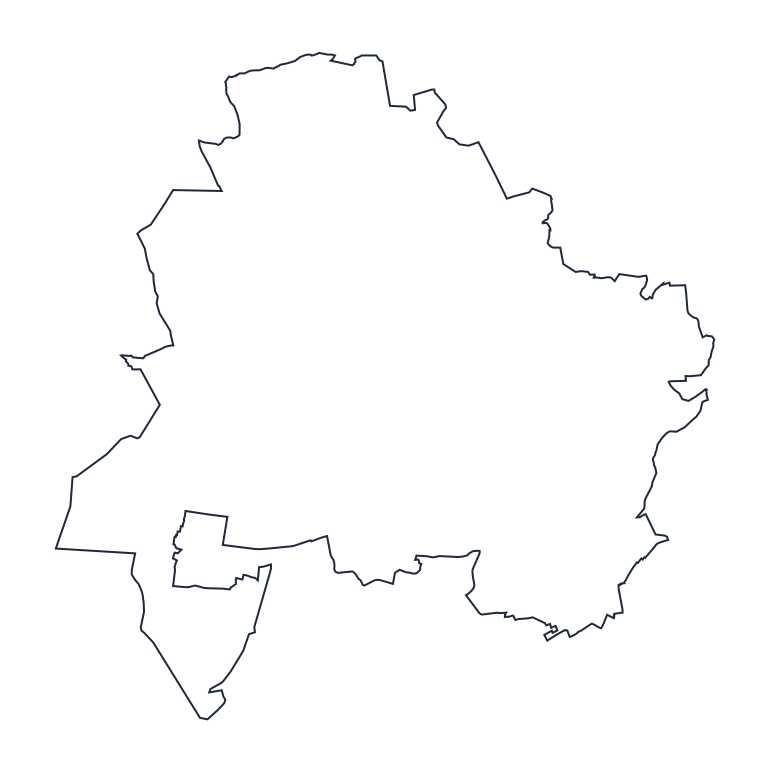 outline of Moroleón, Guanajuato, Mexico, rotated 89°
{"feature_id": "50627088B62680528635044", "entity_name": "Moroleón", "entity_type": "district", "adm_level": 2, "iso_a3": "MEX", "parent_name": "Mexico", "parent_adm1": "Guanajuato", "projection": "orthographic", "projection_center": [-101.228, 20.085], "detail": "fine", "context": "isolated", "style": "outline", "palette": "slate", "viewbox_px": 768, "rotation_deg": 89, "n_neighbors": 0, "source": "geoboundaries", "source_scale": "gbopen_adm2", "svg_char_len": 6058}
<svg xmlns="http://www.w3.org/2000/svg" viewBox="0 0 768 768"><g transform="rotate(89 384 384)"><path d="M544.9,102.7L541.7,103.6L540.5,105.9L539.2,115.1L518.7,124.6L519.2,126.4L521.7,130.6L521.8,133.5L513.5,126.3L511.4,125.6L506.2,125.5L503.2,124.6L491.8,118.4L490.6,117.9L487.1,117.4L477.7,113.2L472.2,114.3L470.0,115.4L467.7,115.6L464.7,116.4L463.1,116.4L459.7,114.2L457.6,113.9L455.5,112.9L449.1,111.4L442.7,106.9L437.8,102.0L436.3,98.9L436.8,92.4L432.4,84.0L424.4,75.2L422.4,72.5L416.3,68.1L407.9,66.0L406.7,64.1L405.5,60.4L399.8,61.8L398.4,61.6L396.4,61.9L395.3,61.3L394.7,62.5L397.0,65.3L402.6,73.4L406.2,79.9L404.3,86.0L398.6,88.9L394.6,94.1L390.5,97.5L387.0,99.3L386.3,98.2L386.1,82.0L381.3,82.4L381.6,78.4L380.7,66.9L374.2,62.2L371.0,59.1L366.6,58.9L365.3,58.6L363.1,57.1L357.1,55.8L352.2,53.9L349.1,54.2L345.2,53.0L342.1,55.3L341.6,59.4L341.1,59.9L341.0,60.7L342.9,64.5L332.1,68.2L327.8,68.4L325.0,69.2L323.7,70.5L322.8,73.5L320.3,76.8L318.4,78.5L315.5,79.3L297.2,80.4L290.5,81.2L290.7,96.3L287.7,96.8L289.6,103.4L288.3,103.1L294.8,111.0L299.5,113.7L303.0,114.2L303.1,114.6L301.5,116.8L303.2,118.1L304.1,120.7L300.9,124.7L299.7,125.6L297.7,126.0L293.4,123.9L292.9,123.0L291.6,121.7L289.7,120.7L285.0,119.2L283.4,119.1L280.2,120.0L281.3,127.8L278.2,146.8L285.2,151.5L281.5,155.2L281.1,158.1L282.1,165.0L281.4,167.5L281.3,172.5L280.0,171.9L280.1,171.2L279.9,171.1L278.2,171.7L278.3,176.3L275.5,178.0L274.6,184.7L275.3,190.5L267.2,202.6L250.7,205.4L250.6,212.6L249.1,215.4L246.2,217.9L239.3,216.2L233.1,215.9L233.3,214.9L231.4,215.0L226.2,218.0L225.7,219.8L226.1,222.4L225.2,222.7L223.2,220.3L222.2,217.6L220.8,217.0L217.9,216.8L215.1,213.6L213.2,212.5L207.1,213.1L205.0,213.6L202.6,213.6L201.9,213.0L201.5,213.5L198.8,214.3L195.3,221.9L191.2,232.3L194.9,235.4L198.6,250.8L200.8,257.9L177.6,268.7L143.9,285.3L147.2,295.4L145.7,304.4L140.5,310.0L138.6,317.3L127.0,325.2L123.7,326.5L112.2,319.8L109.1,317.1L105.5,317.8L93.7,328.0L90.4,328.6L90.4,331.0L95.6,349.2L110.4,348.2L111.2,352.8L107.1,357.2L106.0,373.1L61.4,379.9L60.2,382.8L55.4,386.0L55.1,400.2L58.3,407.3L61.4,406.8L62.8,408.3L63.6,408.3L64.8,410.1L59.8,431.6L59.0,430.8L58.9,430.1L54.7,427.3L53.8,429.7L53.6,435.0L51.8,443.3L52.7,444.7L54.2,449.4L54.3,450.9L53.7,451.1L53.3,452.5L53.6,456.6L55.6,462.1L59.5,467.4L61.5,474.4L63.0,482.1L64.4,484.1L65.2,486.0L65.1,486.3L66.7,488.7L65.9,494.2L66.0,496.6L68.1,502.7L68.2,510.1L68.7,513.0L71.0,518.0L70.9,523.0L72.8,525.8L72.4,525.8L74.3,529.7L74.5,531.1L73.8,533.5L79.3,537.5L80.9,536.8L83.0,536.9L84.8,536.4L87.0,536.7L91.0,536.4L92.8,535.3L99.2,532.8L103.7,528.9L112.4,525.7L121.7,523.8L132.3,524.1L133.7,525.5L135.7,529.8L135.6,530.9L135.0,532.2L134.7,536.2L135.5,538.5L136.7,540.1L138.8,541.1L140.9,543.0L142.1,545.5L141.0,548.1L139.3,559.6L137.3,564.8L142.9,564.2L148.4,562.2L164.3,553.9L182.8,546.4L183.0,545.5L188.2,542.9L186.4,591.5L201.1,600.9L220.6,614.4L226.1,624.3L229.4,628.0L244.4,620.8L254.4,619.1L266.3,616.1L270.1,612.8L277.4,612.5L287.7,611.1L292.3,608.6L299.4,609.9L309.5,607.2L327.0,596.8L331.8,596.2L341.8,594.0L341.8,596.5L343.0,602.0L345.5,607.1L351.6,622.3L354.1,624.3L353.0,634.8L351.2,636.1L351.5,638.9L350.7,644.6L350.9,646.4L353.6,643.7L355.2,641.3L356.9,641.7L359.2,639.4L361.2,639.3L361.8,636.4L365.0,635.4L365.1,627.2L400.9,608.5L433.0,629.2L434.0,631.7L431.3,638.4L434.5,647.8L449.4,662.5L470.9,692.9L471.7,697.0L500.9,699.7L542.8,715.0L549.0,635.8L565.5,639.4L570.1,639.5L575.2,636.5L579.8,632.8L586.3,630.1L590.1,629.1L598.6,628.1L607.6,627.9L622.8,631.4L626.3,630.9L628.5,628.2L638.3,619.3L714.6,573.8L716.2,566.4L707.2,556.0L700.3,549.3L697.2,548.1L693.7,550.0L687.4,551.6L689.3,564.1L685.9,562.8L680.1,552.0L678.4,550.0L669.0,542.5L648.3,529.4L631.8,523.4L630.0,517.4L624.7,517.9L569.9,501.1L566.0,500.1L562.5,500.2L564.5,507.7L565.0,512.1L578.2,513.6L575.6,516.2L575.0,519.5L572.9,524.8L572.4,527.8L577.0,529.0L575.4,535.2L577.8,535.6L581.4,535.6L584.8,540.7L586.7,541.7L585.8,548.6L585.1,564.4L584.6,568.0L582.2,576.3L583.7,583.0L583.6,587.0L582.3,598.4L567.2,596.3L565.7,596.2L563.8,596.6L559.8,595.5L556.8,594.1L554.7,598.0L553.6,597.8L549.0,596.3L549.6,593.0L546.1,589.5L544.6,594.5L540.8,596.2L540.6,597.3L536.2,596.6L533.1,596.0L533.2,594.7L531.3,594.5L531.4,593.6L527.8,592.9L528.1,590.6L522.6,589.5L522.9,587.9L519.8,587.2L517.3,586.2L515.9,586.5L512.5,585.4L507.5,584.7L511.3,562.3L514.1,542.9L542.1,548.0L546.7,516.1L547.0,511.1L546.4,501.0L544.5,477.7L539.0,460.2L540.1,459.4L536.7,449.9L535.0,443.6L553.2,440.5L554.9,440.0L559.4,437.5L561.8,436.9L565.3,436.7L568.0,437.0L570.3,436.2L571.4,435.0L572.0,433.1L570.9,419.4L571.1,418.2L573.9,415.5L577.9,413.2L580.0,410.8L584.5,408.7L585.2,407.3L580.0,396.5L579.7,393.9L579.8,391.9L584.0,378.5L574.0,376.6L572.8,376.0L570.0,371.6L572.7,365.1L572.9,362.7L574.2,357.5L573.7,354.5L570.4,351.2L566.6,350.7L564.7,349.8L563.7,352.0L561.6,352.1L560.1,352.8L560.4,355.9L556.1,354.5L557.0,344.1L558.2,338.0L557.0,331.3L558.3,312.8L558.0,309.2L557.2,305.2L556.5,303.2L555.3,302.5L552.8,298.2L552.3,292.7L552.9,291.2L555.3,291.5L570.4,298.4L572.8,298.9L577.4,298.6L586.2,297.2L588.4,297.5L590.4,298.6L592.8,300.6L595.4,303.7L596.6,305.7L614.4,292.9L615.8,291.4L616.2,289.7L614.6,274.5L615.1,273.6L614.8,265.8L616.7,267.0L619.1,267.2L618.8,266.3L619.0,263.5L617.9,259.8L617.9,258.8L622.3,256.7L621.4,253.8L620.8,244.1L619.9,239.4L625.9,227.3L628.2,225.8L626.8,222.1L630.7,221.2L628.8,216.7L633.4,214.9L635.7,219.8L633.6,220.5L637.7,228.1L643.4,225.2L637.0,214.6L633.2,207.5L633.6,207.1L633.3,206.3L633.7,205.0L640.2,202.7L639.9,201.8L638.3,198.2L636.4,195.1L635.3,194.2L634.5,192.0L627.2,180.5L628.3,178.0L631.7,172.4L632.0,171.1L627.0,168.4L618.6,165.0L622.3,158.2L622.0,158.0L621.2,158.6L619.8,158.3L619.9,157.8L617.8,157.8L616.7,149.4L613.4,149.5L593.5,152.9L589.1,153.0L589.0,151.5L588.3,151.5L588.2,150.1L587.5,150.1L587.4,147.0L586.2,147.1L583.9,145.4L579.7,143.2L572.2,138.4L566.8,134.2L567.4,133.3L562.9,129.8L564.1,128.4L561.8,126.6L562.3,125.9L552.8,117.3L548.8,114.2L547.2,110.8L544.9,102.7Z" fill="none" stroke="#1e293b" stroke-width="2"/></g></svg>